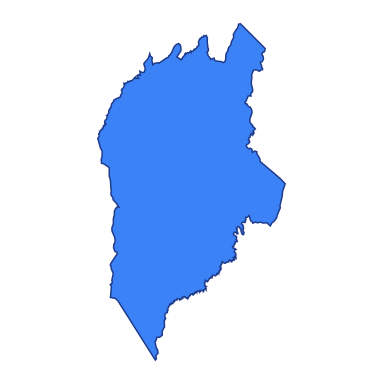 outline of Tano North Municipal, Brong Ahafo, Ghana, rotated 179°
{"feature_id": "2480657B68079094729511", "entity_name": "Tano North Municipal", "entity_type": "district", "adm_level": 2, "iso_a3": "GHA", "parent_name": "Ghana", "parent_adm1": "Brong Ahafo", "projection": "equal_earth", "projection_center": [-2.195, 7.195], "detail": "fine", "context": "isolated", "style": "filled", "palette": "blue", "viewbox_px": 384, "rotation_deg": 179, "n_neighbors": 0, "source": "geoboundaries", "source_scale": "gbopen_adm2", "svg_char_len": 6067}
<svg xmlns="http://www.w3.org/2000/svg" viewBox="0 0 384 384"><g transform="rotate(179 192 192)"><path d="M275.4,88.0L270.7,87.0L268.3,85.0L231.6,24.6L230.5,25.9L231.0,29.0L228.7,31.6L229.1,32.2L228.9,33.5L229.5,35.5L230.4,36.5L231.6,42.7L230.5,44.4L229.6,47.4L226.9,47.3L224.2,49.4L224.3,53.1L222.5,56.7L221.8,57.4L222.0,63.6L220.5,66.0L221.3,67.2L221.2,70.0L220.4,71.3L218.8,71.9L219.1,72.7L218.4,73.6L218.6,74.3L218.1,74.4L218.3,75.6L215.9,80.4L215.4,79.9L214.8,80.7L214.8,80.1L213.6,81.2L213.1,80.9L212.3,83.4L211.6,83.7L211.4,83.1L211.0,84.2L210.4,83.9L209.2,84.5L209.5,85.2L208.9,84.6L208.8,85.4L206.9,85.5L206.3,84.6L205.9,84.9L205.9,84.4L204.5,85.6L204.1,85.2L203.7,86.5L203.2,86.4L203.5,86.8L202.5,87.7L201.3,87.1L200.8,87.5L199.5,85.9L198.4,85.7L198.6,86.3L197.9,86.4L197.8,85.8L196.6,88.0L195.6,88.4L195.8,89.0L195.2,89.6L193.5,90.2L193.5,89.5L192.7,89.1L192.6,90.2L191.8,89.8L191.3,90.2L191.4,91.0L190.7,91.0L190.3,92.1L189.3,91.3L189.5,92.1L189.1,92.3L188.9,91.8L188.3,92.7L186.7,92.3L186.5,92.8L186.2,92.0L185.8,92.4L186.2,92.7L185.4,93.1L185.5,92.3L184.5,93.5L182.5,93.0L182.4,92.3L181.8,93.0L181.8,94.1L180.7,94.9L179.8,94.1L180.0,94.8L179.5,95.4L180.5,97.3L179.8,97.5L180.9,97.9L180.7,99.5L181.1,100.5L180.3,101.8L180.3,103.5L178.1,102.0L175.8,105.5L174.4,105.7L174.2,106.6L173.4,106.1L173.2,108.0L172.8,108.5L169.9,107.8L168.5,109.1L168.6,109.8L167.8,109.7L168.0,110.1L166.8,111.2L166.6,110.8L166.5,111.9L166.0,111.7L165.3,113.5L164.8,113.5L164.8,113.9L165.3,113.8L165.1,114.3L164.3,114.6L164.3,115.9L165.0,116.0L164.8,116.7L165.2,116.8L164.7,118.2L164.0,118.4L163.4,121.3L162.9,121.6L162.3,120.7L161.7,121.1L160.9,120.3L159.6,120.3L158.9,121.3L156.6,121.4L156.0,123.3L155.4,123.4L154.2,121.9L153.7,122.7L153.3,121.9L152.5,123.1L151.3,123.0L151.6,123.9L150.5,124.2L151.1,124.9L150.5,124.7L150.7,125.4L150.2,125.1L149.7,126.3L149.2,125.7L149.5,127.5L150.0,127.4L149.2,128.3L149.5,130.3L150.6,130.7L150.9,131.4L150.2,133.1L149.0,133.8L150.0,134.6L150.4,134.2L150.9,135.1L151.9,135.2L152.5,136.5L150.9,137.4L150.8,139.0L149.7,139.7L149.8,141.3L147.7,141.7L148.2,142.7L147.9,143.1L148.6,143.7L148.2,146.5L150.8,148.2L151.3,149.7L150.2,151.2L148.6,150.8L148.1,149.4L146.8,149.6L148.0,153.6L147.4,154.2L148.3,155.3L146.2,156.7L145.4,156.2L144.4,154.4L143.7,154.3L143.6,151.6L142.6,148.9L141.2,148.5L140.7,150.8L141.9,152.5L141.1,154.3L141.2,156.0L141.7,158.1L142.5,158.4L143.1,159.6L142.3,160.8L139.6,160.6L139.1,161.6L139.6,162.4L138.5,163.3L139.0,165.4L137.2,165.9L135.4,167.5L134.0,162.4L132.2,161.0L131.7,159.8L128.8,160.8L127.0,160.0L124.3,160.7L121.4,159.7L117.7,159.9L114.3,156.7L112.7,159.6L109.9,161.8L108.0,164.4L107.1,167.6L104.0,174.6L104.3,176.7L101.8,186.8L101.4,191.0L98.7,198.6L103.6,203.9L123.2,221.2L123.7,224.4L126.7,229.6L126.4,231.0L128.6,231.9L130.9,230.5L131.3,231.7L131.1,233.0L131.7,233.9L132.8,234.7L134.8,234.3L137.0,237.0L136.6,238.4L135.0,239.1L133.5,240.8L133.8,242.1L134.6,242.5L134.2,243.2L134.5,244.8L132.9,245.9L132.9,247.3L132.4,248.3L132.0,248.1L131.9,249.3L130.2,248.5L130.2,248.0L129.4,248.9L129.0,250.1L129.8,250.1L129.4,250.7L130.1,251.6L127.6,254.0L129.1,255.8L130.1,256.0L130.2,257.5L132.7,260.3L133.0,263.6L130.7,269.8L130.7,272.6L132.2,275.8L132.9,275.7L134.5,277.1L135.7,279.2L137.0,279.2L137.5,280.8L136.6,281.4L134.1,287.2L131.4,286.9L131.5,289.6L129.9,290.9L129.5,293.1L130.9,299.4L130.2,305.6L130.3,308.7L129.4,310.0L129.4,310.9L127.8,313.1L125.0,312.9L122.6,311.5L120.1,313.3L119.4,313.1L119.3,314.3L120.2,315.6L120.3,317.4L121.5,320.3L119.4,321.3L118.2,323.9L118.6,326.6L119.9,328.6L119.2,330.0L117.7,330.6L116.8,331.8L116.3,334.1L140.7,359.4L142.4,359.0L143.6,354.9L144.8,353.9L147.9,348.9L147.6,345.9L149.8,341.8L150.9,337.9L152.5,336.3L153.6,333.8L153.6,332.7L155.6,329.5L156.1,323.6L156.5,322.4L157.8,321.2L158.7,320.8L160.0,321.7L166.0,322.7L167.1,323.5L167.7,325.5L171.2,324.2L171.4,325.5L173.7,328.1L173.7,329.2L174.6,331.7L173.3,332.7L173.1,334.9L173.6,335.9L174.2,342.5L173.9,345.6L175.0,348.3L176.6,347.7L177.4,348.2L178.1,346.6L179.6,346.8L180.2,345.7L181.0,345.5L181.0,344.7L181.7,344.7L182.8,342.5L182.8,338.1L184.4,337.2L184.4,336.4L185.4,335.5L186.8,334.7L186.8,334.2L187.4,334.6L188.3,332.9L189.8,332.8L190.1,332.2L190.5,332.6L190.5,331.6L191.4,332.4L192.9,331.1L194.2,331.4L194.8,330.5L195.8,331.0L196.2,330.1L196.6,330.3L197.1,328.5L198.4,327.7L199.6,325.2L200.0,325.4L200.8,324.3L201.7,324.6L201.8,325.3L204.8,327.3L200.6,333.4L200.7,337.7L201.3,339.4L202.6,340.6L205.1,339.8L207.4,337.4L209.6,332.3L211.5,329.5L212.8,328.6L213.3,327.1L215.4,326.3L222.5,321.5L223.3,321.9L227.4,321.2L228.9,319.9L229.9,324.7L229.3,326.1L229.5,327.2L231.1,328.4L231.8,331.0L233.3,326.6L237.8,321.4L237.8,320.2L236.7,316.9L236.8,315.0L237.8,312.5L239.8,312.3L242.0,313.6L241.7,311.4L242.8,309.8L242.3,309.5L243.7,309.4L243.9,310.0L245.1,309.1L244.7,307.4L243.7,306.6L246.5,306.5L246.8,307.9L250.0,304.4L252.0,304.2L252.7,303.3L254.2,303.7L254.4,302.8L256.3,302.1L257.1,300.8L258.0,301.9L258.2,301.0L257.7,300.2L257.8,299.1L259.5,296.5L260.5,296.0L260.8,294.7L260.0,292.8L261.7,289.9L261.7,288.5L268.3,285.5L269.6,282.7L270.8,281.6L271.7,277.7L272.2,277.6L273.0,275.8L273.4,275.7L273.9,274.2L273.7,273.2L274.7,270.9L276.0,269.9L275.4,269.6L276.1,266.3L277.5,265.3L278.1,263.8L278.0,262.5L277.2,262.4L276.9,261.5L278.3,260.9L278.0,259.9L279.4,259.7L279.5,258.0L280.5,257.4L280.2,256.6L281.6,256.1L282.3,254.7L283.3,254.4L283.3,252.8L284.4,251.6L283.9,250.5L284.0,249.0L285.3,247.3L282.7,237.5L281.1,234.3L281.3,229.2L282.2,226.0L281.9,222.2L280.3,222.0L278.3,220.7L275.0,218.4L274.3,217.3L274.5,209.3L273.4,205.6L273.0,196.5L272.6,195.1L273.1,191.5L272.7,189.8L271.1,187.6L271.1,185.7L267.7,181.8L265.4,178.2L266.8,178.5L267.5,178.1L269.0,176.2L270.0,173.8L270.0,170.4L271.1,166.8L271.2,161.5L272.8,157.3L272.6,154.2L270.4,149.0L269.7,145.5L269.8,143.1L271.1,141.0L271.4,137.7L270.1,133.9L268.0,132.9L267.7,131.8L274.4,122.0L275.0,120.2L274.3,119.4L274.1,116.6L272.1,112.0L273.7,105.1L273.2,102.5L275.3,100.9L274.4,99.1L274.3,97.8L275.4,88.0Z" fill="#3b82f6" stroke="#1e3a8a" stroke-width="1.5"/></g></svg>